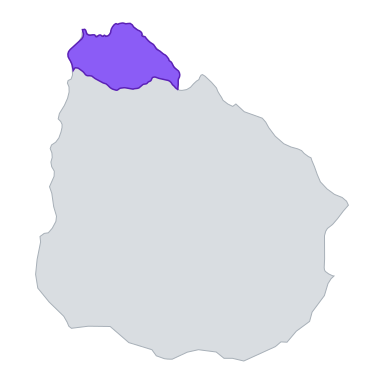 Uruguay, with Artigas highlighted
{"feature_id": "URY-6", "entity_name": "Artigas", "entity_type": "Department", "adm_level": 1, "iso_a3": "URY", "parent_name": "Uruguay", "parent_adm1": "", "projection": "mercator", "projection_center": [-56.902, -30.588], "detail": "fine", "context": "in_parent", "style": "filled", "palette": "violet", "viewbox_px": 384, "rotation_deg": 0, "n_neighbors": 0, "source": "natural_earth", "source_scale": "10m", "svg_char_len": 3871}
<svg xmlns="http://www.w3.org/2000/svg" viewBox="0 0 384 384"><path d="M334.0,276.0L331.1,278.7L328.0,283.6L324.4,295.6L312.1,312.1L309.6,321.4L296.3,331.2L287.0,342.2L280.9,341.9L275.4,346.6L243.8,361.0L232.4,358.3L224.0,358.3L216.2,352.0L198.4,349.7L187.2,352.2L172.2,359.2L167.7,359.1L164.4,358.7L156.3,355.8L151.9,349.7L128.8,342.6L110.2,326.5L88.3,326.2L71.4,328.3L68.8,326.2L67.1,322.1L63.7,316.2L49.2,302.1L37.8,288.1L35.6,274.4L37.1,259.5L40.6,242.0L40.0,236.5L44.2,233.4L48.3,232.8L52.3,228.2L55.9,221.4L56.5,216.2L53.7,206.7L51.8,193.3L49.5,186.7L54.1,176.3L54.3,171.2L51.7,166.7L50.9,162.1L52.2,157.5L51.9,152.9L50.2,148.6L51.5,145.0L55.7,142.2L58.9,137.9L61.0,132.0L62.0,127.6L62.1,124.5L60.8,121.6L58.2,118.9L59.4,113.5L64.4,105.4L67.6,98.2L69.1,92.0L69.0,86.9L67.4,83.1L68.1,80.5L71.1,79.1L72.5,75.1L72.1,65.0L68.9,56.8L71.3,50.2L78.3,42.6L81.9,36.5L82.2,31.9L84.4,29.2L87.7,34.2L97.7,35.6L107.6,35.7L109.3,34.5L113.2,26.3L118.3,23.9L124.0,23.3L130.1,23.7L136.7,29.2L155.2,46.9L168.8,59.3L172.9,65.2L176.5,69.5L179.2,73.6L178.1,84.2L178.2,88.9L178.9,90.2L182.0,90.4L186.6,89.6L190.5,87.3L193.5,83.9L196.5,81.1L198.9,79.6L199.7,77.4L201.1,75.1L202.5,74.6L205.2,76.3L211.6,82.4L216.5,88.0L217.7,91.2L219.6,94.5L221.6,97.5L223.0,100.3L227.8,104.0L232.7,106.4L235.9,104.0L244.2,111.7L262.3,118.2L265.7,122.1L268.8,127.7L275.2,136.2L283.9,143.8L291.0,147.0L297.8,148.9L301.6,150.6L304.2,153.5L308.4,156.6L311.0,157.8L311.9,160.6L314.5,166.8L317.3,174.7L320.4,181.9L327.0,188.9L334.5,194.4L342.2,197.5L346.6,201.3L348.4,205.2L343.2,211.2L337.6,218.6L332.6,224.4L327.4,228.5L325.7,231.3L324.5,235.7L324.6,258.9L324.2,267.6L324.5,269.9L325.3,271.4L328.5,273.8L332.4,275.7L334.0,276.0Z" fill="#d9dde1" stroke="#a8b0b8" stroke-width="1"/><path d="M84.8,29.4L85.7,30.3L86.8,33.9L88.7,35.1L90.2,35.3L92.7,34.8L94.2,34.8L94.9,35.2L95.8,36.6L96.7,36.8L97.3,36.5L98.7,35.3L99.4,35.0L100.6,35.0L101.3,35.5L101.9,36.1L102.8,36.4L103.3,36.3L104.0,35.4L104.3,35.2L104.8,35.4L105.5,36.2L105.8,36.4L107.7,36.0L109.4,34.7L110.6,32.7L110.9,30.6L111.4,28.9L112.6,26.7L114.2,24.7L115.7,23.7L116.3,23.7L117.4,24.2L118.0,24.3L119.2,23.6L119.6,23.5L121.8,23.1L122.9,23.0L125.8,23.8L128.0,23.5L130.2,23.4L132.3,24.9L133.4,26.7L134.0,27.4L137.6,30.0L139.5,30.8L140.5,31.5L141.4,32.4L141.9,33.3L142.1,34.7L141.9,35.4L142.0,35.8L142.9,36.4L143.5,36.6L144.1,36.6L144.7,36.6L145.3,37.0L145.6,37.4L146.1,38.3L148.3,40.8L149.0,41.4L150.0,42.3L153.2,44.3L154.1,45.3L155.6,47.7L156.4,48.9L157.2,49.6L159.9,51.1L163.4,54.0L165.3,55.0L166.5,56.1L168.3,58.4L168.7,59.1L168.8,59.8L169.1,60.5L169.8,61.1L170.9,61.8L171.4,62.3L171.8,62.9L173.7,66.7L174.6,67.8L178.5,71.0L179.4,72.8L179.8,74.9L179.5,76.9L178.5,78.8L178.2,80.3L178.2,84.8L177.8,87.9L177.8,89.4L178.2,89.9L175.9,88.1L175.4,87.7L174.8,86.9L174.4,86.4L172.9,85.1L172.2,84.3L171.3,82.8L170.9,82.3L169.7,81.2L168.7,80.7L168.4,80.5L159.0,78.4L155.7,77.2L155.3,77.1L154.7,77.0L153.6,77.2L153.0,77.3L152.6,77.5L152.4,77.7L152.2,78.0L151.8,78.7L151.4,79.7L151.1,80.3L150.9,80.6L150.3,81.0L150.1,81.2L148.8,81.7L148.2,82.1L147.9,82.3L147.1,83.3L146.8,83.5L146.5,83.7L145.8,83.9L143.9,84.2L143.2,84.4L142.6,84.8L139.2,87.7L138.7,88.0L138.0,88.2L137.3,88.4L134.5,88.7L133.1,89.1L132.2,89.0L125.5,87.8L124.1,87.7L120.2,88.2L119.9,88.4L119.3,88.7L117.7,89.9L117.4,90.0L117.0,90.2L116.6,90.2L116.1,90.2L112.5,89.1L111.1,88.3L110.0,87.5L107.3,84.8L107.2,84.8L106.4,84.1L105.9,83.8L103.1,82.9L95.3,78.7L93.4,77.3L93.0,77.0L92.0,76.2L91.6,76.0L90.9,75.9L89.7,75.7L87.6,75.7L87.1,75.6L86.6,75.4L85.9,75.0L85.5,74.6L85.2,74.3L84.2,73.0L83.8,72.5L82.8,71.5L79.0,68.7L78.2,68.2L77.5,68.0L75.9,67.8L75.3,67.8L74.9,68.1L74.6,68.4L73.2,70.5L73.0,69.2L72.6,67.5L72.1,65.0L71.6,63.5L70.3,60.7L69.4,59.3L68.1,56.7L67.9,54.0L68.6,51.6L70.2,49.5L81.8,38.9L83.1,36.7L83.5,34.0L82.7,31.1L82.4,29.6L84.8,29.4Z" fill="#8b5cf6" stroke="#5b21b6" stroke-width="1.5"/></svg>